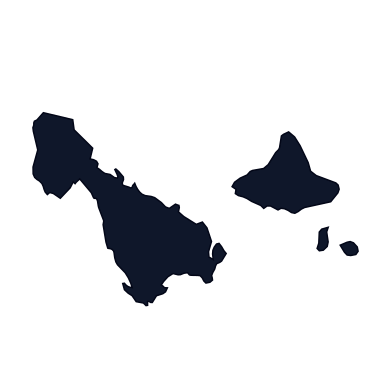 outline of Malampa, rotated 350°
{"feature_id": "VUT-563", "entity_name": "Malampa", "entity_type": "Province", "adm_level": 1, "iso_a3": "VUT", "parent_name": "Vanuatu", "parent_adm1": "", "projection": "robinson", "projection_center": [167.696, -16.227], "detail": "fine", "context": "isolated", "style": "filled", "palette": "ink", "viewbox_px": 384, "rotation_deg": 350, "n_neighbors": 0, "source": "natural_earth", "source_scale": "10m", "svg_char_len": 2841}
<svg xmlns="http://www.w3.org/2000/svg" viewBox="0 0 384 384"><g transform="rotate(350 192 192)"><path d="M207.1,247.5L209.7,247.3L211.6,250.9L213.3,255.5L215.0,258.5L209.1,265.2L207.1,266.1L203.8,266.9L202.3,269.0L201.0,271.8L198.4,275.0L196.8,277.7L197.0,280.2L196.9,282.3L194.0,284.0L189.9,284.1L188.2,281.7L187.2,278.4L185.5,275.8L183.1,275.1L176.5,273.8L175.1,273.2L173.6,270.7L170.0,270.6L166.2,271.4L163.9,271.1L159.1,269.0L153.5,271.3L148.5,275.2L145.6,278.2L147.3,279.9L147.9,281.0L148.8,281.6L151.1,282.1L148.6,285.7L145.6,287.1L139.0,288.0L133.7,293.9L132.2,293.6L130.5,292.2L129.2,292.1L128.6,295.9L127.0,295.9L124.9,292.9L118.0,290.3L115.0,283.7L111.6,280.6L108.5,276.5L107.9,270.1L109.6,270.1L110.7,272.0L112.2,273.7L114.2,275.0L116.5,275.8L115.9,271.2L114.4,265.4L112.2,259.9L106.0,250.7L104.9,247.6L104.5,243.3L104.7,238.0L104.5,236.4L103.3,234.6L101.7,233.6L100.1,233.1L99.3,232.7L98.6,226.5L98.8,208.8L100.1,205.1L97.4,191.1L97.3,189.4L97.4,184.3L96.9,182.1L95.7,181.4L94.5,181.2L94.0,180.3L92.7,175.2L83.7,159.6L79.6,162.3L78.3,163.5L76.8,161.4L72.7,166.8L61.2,175.3L55.2,169.4L51.8,167.8L49.1,169.4L47.4,166.5L46.8,163.6L46.5,160.7L45.7,157.6L43.7,154.7L41.5,152.7L39.6,150.3L38.7,146.6L39.8,139.8L47.4,123.8L46.3,104.7L46.5,101.0L47.8,98.7L48.2,96.5L49.1,94.9L51.7,94.2L59.4,88.1L87.1,100.1L86.7,110.3L101.8,131.6L97.4,141.7L100.7,143.1L103.3,145.1L104.3,147.9L102.6,151.5L104.8,153.6L107.0,156.3L109.4,158.6L114.4,160.5L118.2,164.4L120.8,165.3L121.7,164.2L121.3,161.6L119.9,156.5L121.0,156.1L123.4,159.1L127.0,165.3L126.7,167.9L124.8,171.1L125.1,173.4L130.8,176.3L132.1,177.3L133.7,177.3L134.5,175.7L135.2,174.9L136.1,174.3L137.1,173.4L137.8,176.7L138.9,179.9L140.4,182.9L142.3,185.4L145.2,187.4L151.0,189.3L154.3,191.1L160.0,197.1L163.3,202.1L166.8,204.2L173.6,201.1L175.9,202.5L176.8,202.9L176.8,205.1L175.2,209.2L179.7,214.8L190.6,224.6L197.0,223.4L200.5,229.9L202.6,244.1L197.9,253.7L197.4,259.0L201.2,262.2L201.5,256.6L202.5,253.0L204.3,250.2L207.1,247.5ZM300.2,226.8L296.8,227.8L293.1,229.7L289.6,230.8L286.4,229.5L283.5,226.8L280.1,224.5L276.8,223.5L273.6,224.6L266.9,219.4L263.5,218.8L259.8,220.6L257.4,217.2L249.1,211.6L245.1,208.0L241.5,205.6L237.1,203.6L234.4,201.1L235.8,197.0L232.4,193.7L235.6,189.8L241.8,186.7L249.2,184.8L252.9,181.9L255.4,181.3L266.6,181.3L271.8,178.3L281.3,167.7L284.7,165.3L285.9,163.6L289.8,152.3L292.1,151.1L297.6,149.6L302.6,155.6L306.5,165.2L311.5,183.2L312.4,192.1L317.2,197.4L335.2,208.0L337.1,210.5L337.4,214.8L335.5,218.2L326.9,225.7L300.2,226.8ZM308.0,264.4L310.4,253.5L313.3,251.1L320.0,250.4L317.7,254.7L317.4,264.8L315.7,269.1L311.2,272.1L307.2,272.0L305.4,269.3L308.0,264.4ZM337.3,282.1L333.8,281.0L331.7,277.8L328.7,270.1L336.0,268.4L339.2,268.3L342.2,270.1L345.2,274.8L345.3,279.2L342.5,282.0L337.3,282.1Z" fill="#0f172a" stroke="#020617" stroke-width="1.5"/></g></svg>